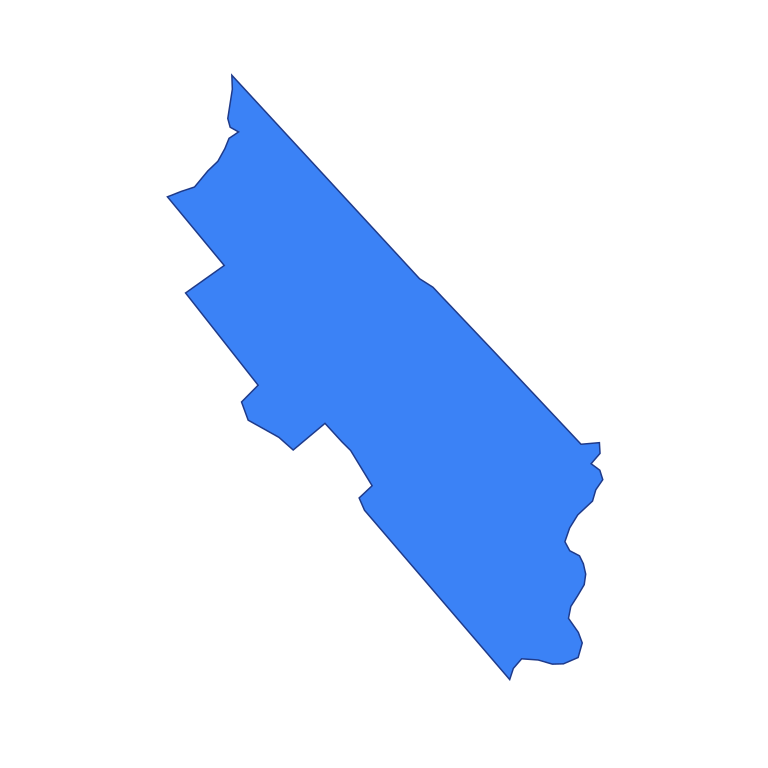 the district of Vila Flores, Rio Grande do Sul, Brazil, rotated 50°
{"feature_id": "56859067B54992205336034", "entity_name": "Vila Flores", "entity_type": "district", "adm_level": 2, "iso_a3": "BRA", "parent_name": "Brazil", "parent_adm1": "Rio Grande do Sul", "projection": "albers", "projection_center": [-51.536, -28.86], "detail": "fine", "context": "isolated", "style": "filled", "palette": "blue", "viewbox_px": 768, "rotation_deg": 50, "n_neighbors": 0, "source": "geoboundaries", "source_scale": "gbopen_adm2", "svg_char_len": 860}
<svg xmlns="http://www.w3.org/2000/svg" viewBox="0 0 768 768"><g transform="rotate(50 384 384)"><path d="M670.8,372.1L666.4,359.6L659.3,351.7L649.8,346.8L641.3,344.7L631.1,348.9L621.1,346.8L613.6,334.3L608.8,319.7L607.7,299.5L601.2,289.8L597.9,277.9L588.8,274.1L578.2,276.6L576.0,263.1L567.4,256.7L556.8,271.8L430.9,278.9L353.9,283.6L341.4,284.3L326.2,289.1L49.7,302.1L60.7,310.7L80.2,333.0L88.4,336.8L97.4,333.4L96.2,344.8L101.4,354.6L106.6,368.1L107.5,381.9L111.3,402.5L106.1,415.6L101.4,429.6L190.5,430.2L186.7,477.5L304.0,481.2L306.2,504.7L324.4,511.3L357.3,498.8L376.2,496.0L376.2,454.5L401.4,453.4L413.5,452.3L454.3,458.5L455.3,476.3L468.2,480.1L691.2,477.7L685.0,467.7L683.0,455.2L694.5,443.3L706.8,435.1L713.7,426.4L718.3,411.1L709.8,398.6L699.2,394.8L682.1,393.3L674.5,383.9L670.8,372.1Z" fill="#3b82f6" stroke="#1e3a8a" stroke-width="1.5"/></g></svg>